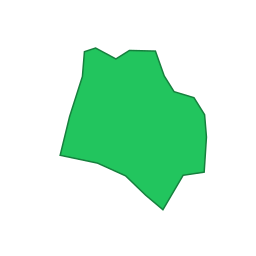 Székesfehérvár, Robinson projection, rotated 328°
{"feature_id": "HUN-4908", "entity_name": "Székesfehérvár", "entity_type": "Urban county", "adm_level": 1, "iso_a3": "HUN", "parent_name": "Hungary", "parent_adm1": "", "projection": "robinson", "projection_center": [18.479, 47.186], "detail": "fine", "context": "isolated", "style": "filled", "palette": "green", "viewbox_px": 256, "rotation_deg": 328, "n_neighbors": 0, "source": "natural_earth", "source_scale": "10m", "svg_char_len": 400}
<svg xmlns="http://www.w3.org/2000/svg" viewBox="0 0 256 256"><g transform="rotate(328 128 128)"><path d="M131.5,40.2L142.9,43.0L154.3,63.0L170.3,63.0L192.0,77.3L186.3,103.0L186.3,121.6L200.0,137.3L200.0,157.3L189.7,177.3L169.2,205.8L149.7,197.3L114.3,215.8L107.4,194.4L100.6,167.3L83.5,141.6L56.0,115.2L84.6,87.3L116.6,60.2L131.5,40.2Z" fill="#22c55e" stroke="#15803d" stroke-width="1.5"/></g></svg>